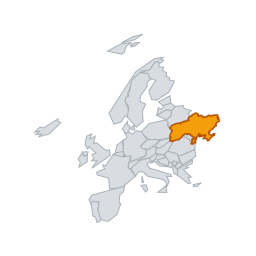 Ukraine on a map of Europe (Natural Earth projection), rotated 336°
{"feature_id": "UKR", "entity_name": "Ukraine", "entity_type": "country or territory", "adm_level": 0, "iso_a3": "UKR", "parent_name": "Europe", "parent_adm1": "", "projection": "natural_earth1", "projection_center": [31.244, 48.371], "detail": "fine", "context": "in_parent", "style": "filled", "palette": "amber", "viewbox_px": 256, "rotation_deg": 336, "n_neighbors": 37, "source": "natural_earth", "source_scale": "50m", "svg_char_len": 12629}
<svg xmlns="http://www.w3.org/2000/svg" viewBox="0 0 256 256"><g transform="rotate(336 128 128)"><path d="M140.6,49.4L155.9,48.3L166.0,51.4L160.0,52.5L154.9,57.7L152.0,57.8L140.6,49.4ZM188.2,80.7L181.7,82.4L182.8,80.0L179.6,78.7L171.7,83.7L162.8,81.3L159.1,84.6L154.2,84.0L141.2,96.9L141.0,99.4L138.3,99.4L136.2,102.6L135.9,113.3L131.9,117.8L130.3,115.6L124.2,119.8L116.7,118.8L116.7,106.7L157.7,79.9L180.8,75.4L188.7,77.8L185.4,78.6L188.2,80.7ZM179.7,48.3L169.5,50.1L156.8,47.5L169.6,46.6L179.7,48.3ZM173.2,54.6L167.8,55.8L163.7,55.1L165.4,54.3L164.1,53.4L169.0,52.8L173.2,54.6Z" fill="#d9dde1" stroke="#a8b0b8" stroke-width="1"/><path d="M103.7,146.3L119.3,154.4L112.2,163.2L115.3,175.0L97.4,180.2L86.4,176.0L89.9,166.0L81.0,158.5L81.2,155.7L90.1,155.9L89.8,151.5L92.3,153.2L103.7,146.3ZM118.7,183.2L121.1,177.6L120.1,184.0L118.7,183.2Z" fill="#d9dde1" stroke="#a8b0b8" stroke-width="1"/><path d="M131.9,117.8L137.3,109.1L136.2,102.6L138.3,99.4L141.0,99.4L150.9,85.9L161.2,82.2L168.5,86.1L169.1,92.7L164.5,93.7L162.0,98.2L152.1,104.0L149.7,108.9L153.9,113.4L148.1,118.3L144.6,127.9L136.0,130.6L131.9,117.8Z" fill="#d9dde1" stroke="#a8b0b8" stroke-width="1"/><path d="M179.8,127.6L187.5,129.9L187.1,132.6L192.8,138.1L188.7,139.1L190.1,142.8L186.5,145.7L165.8,144.7L166.0,136.0L172.0,134.6L174.9,129.7L179.8,127.6Z" fill="#d9dde1" stroke="#a8b0b8" stroke-width="1"/><path d="M166.0,136.0L166.8,140.5L165.0,141.3L167.2,148.0L163.2,154.4L143.9,149.1L138.4,139.5L138.8,136.6L149.3,132.5L166.0,136.0Z" fill="#d9dde1" stroke="#a8b0b8" stroke-width="1"/><path d="M145.7,157.9L142.4,163.4L138.1,164.4L122.8,161.8L133.3,160.4L135.7,155.0L144.4,155.3L145.7,157.9Z" fill="#d9dde1" stroke="#a8b0b8" stroke-width="1"/><path d="M161.1,156.7L162.9,158.8L157.5,164.8L149.6,167.0L143.0,162.7L145.7,157.9L161.1,156.7Z" fill="#d9dde1" stroke="#a8b0b8" stroke-width="1"/><path d="M174.6,157.5L180.8,157.9L184.8,164.4L181.3,164.3L179.4,168.0L179.1,162.9L174.6,157.5Z" fill="#d9dde1" stroke="#a8b0b8" stroke-width="1"/><path d="M179.4,168.0L183.5,168.8L180.3,174.9L163.0,174.5L155.0,165.5L164.2,158.0L174.6,157.5L179.1,162.9L179.4,168.0Z" fill="#d9dde1" stroke="#a8b0b8" stroke-width="1"/><path d="M174.9,129.7L172.0,134.6L166.0,136.0L159.4,128.1L170.3,126.9L174.9,129.7Z" fill="#d9dde1" stroke="#a8b0b8" stroke-width="1"/><path d="M177.3,122.8L179.8,127.6L174.9,129.7L170.3,126.9L159.4,128.1L163.9,121.8L166.0,124.6L171.4,121.0L177.3,122.8Z" fill="#d9dde1" stroke="#a8b0b8" stroke-width="1"/><path d="M179.4,115.6L177.3,122.8L169.0,121.7L166.4,116.6L179.4,115.6Z" fill="#d9dde1" stroke="#a8b0b8" stroke-width="1"/><path d="M138.8,136.6L140.6,146.5L132.1,149.7L135.7,155.0L133.3,160.4L116.9,159.8L119.3,154.4L115.1,153.7L113.7,150.2L114.3,143.7L117.0,142.3L118.4,136.8L121.3,137.4L123.5,135.6L123.1,132.1L127.1,132.0L129.7,135.6L134.4,133.9L138.8,136.6Z" fill="#d9dde1" stroke="#a8b0b8" stroke-width="1"/><path d="M162.2,172.9L163.0,174.5L180.3,174.9L178.5,181.5L162.7,184.1L162.2,172.9Z" fill="#d9dde1" stroke="#a8b0b8" stroke-width="1"/><path d="M172.7,207.9L167.7,209.4L163.9,208.0L164.5,206.3L172.7,207.9ZM156.7,186.1L174.1,183.3L172.4,186.2L165.0,186.7L167.2,188.9L161.6,188.4L165.8,198.6L162.9,197.6L162.8,203.5L160.7,203.5L153.8,190.9L156.7,186.1Z" fill="#d9dde1" stroke="#a8b0b8" stroke-width="1"/><path d="M156.7,186.1L153.8,190.9L151.5,188.4L153.0,178.9L156.7,186.1Z" fill="#d9dde1" stroke="#a8b0b8" stroke-width="1"/><path d="M144.0,164.1L152.4,169.0L141.1,170.6L148.9,179.7L141.6,175.7L138.6,169.6L134.8,169.4L144.0,164.1Z" fill="#d9dde1" stroke="#a8b0b8" stroke-width="1"/><path d="M123.2,160.2L125.2,164.2L115.6,166.9L112.0,165.0L114.6,160.1L123.2,160.2Z" fill="#d9dde1" stroke="#a8b0b8" stroke-width="1"/><path d="M112.9,150.4L113.8,152.7L112.3,152.5L112.9,150.4Z" fill="#d9dde1" stroke="#a8b0b8" stroke-width="1"/><path d="M114.3,147.6L112.3,152.5L103.7,146.3L111.1,145.1L114.3,147.6Z" fill="#d9dde1" stroke="#a8b0b8" stroke-width="1"/><path d="M117.7,137.6L114.3,147.6L106.2,145.6L111.1,139.0L117.7,137.6Z" fill="#d9dde1" stroke="#a8b0b8" stroke-width="1"/><path d="M63.5,182.0L66.1,180.5L71.5,184.0L67.1,190.8L67.7,196.9L64.5,201.8L61.2,201.7L62.1,196.2L60.2,194.3L63.5,182.0Z" fill="#d9dde1" stroke="#a8b0b8" stroke-width="1"/><path d="M65.9,200.8L67.1,190.8L71.5,184.0L66.1,180.5L63.5,182.0L63.1,177.6L67.9,174.7L101.1,179.7L97.8,184.6L93.7,185.4L89.6,192.1L90.6,194.3L82.6,202.5L72.0,205.3L65.9,200.8Z" fill="#d9dde1" stroke="#a8b0b8" stroke-width="1"/><path d="M79.9,136.1L77.0,142.2L67.3,143.8L70.5,139.9L69.8,136.1L76.8,131.4L76.0,135.4L79.9,136.1Z" fill="#d9dde1" stroke="#a8b0b8" stroke-width="1"/><path d="M125.6,162.6L135.7,164.1L135.8,167.6L130.8,168.4L131.3,173.4L148.3,188.0L148.0,190.1L143.6,187.7L143.9,193.7L139.4,197.6L141.0,193.5L139.0,189.2L126.4,180.2L123.9,174.1L120.0,172.3L115.3,175.0L114.3,166.1L125.6,162.6ZM129.1,198.8L138.9,196.3L137.3,202.7L129.1,198.8ZM116.6,185.7L121.6,187.4L120.8,192.6L118.0,193.7L116.6,185.7Z" fill="#d9dde1" stroke="#a8b0b8" stroke-width="1"/><path d="M127.1,132.0L123.1,132.1L122.6,126.3L130.1,121.9L128.9,125.0L130.6,126.6L127.1,132.0ZM134.6,127.8L133.3,132.7L130.5,130.6L130.3,129.1L134.6,127.8Z" fill="#d9dde1" stroke="#a8b0b8" stroke-width="1"/><path d="M79.9,136.1L76.0,135.4L76.8,131.4L81.9,133.6L79.9,136.1ZM88.6,137.9L84.6,129.0L82.7,130.8L82.1,125.4L86.8,118.7L92.4,118.6L88.6,122.6L94.7,122.1L90.2,128.3L93.1,128.6L98.7,139.6L102.1,140.4L100.6,145.8L78.6,150.1L86.4,145.3L81.3,143.2L84.6,142.0L84.3,137.5L88.6,137.9Z" fill="#d9dde1" stroke="#a8b0b8" stroke-width="1"/><path d="M67.9,91.2L66.6,93.4L68.9,95.7L53.6,101.4L43.1,99.7L46.3,98.2L41.0,96.5L46.2,94.8L40.9,94.0L47.7,91.3L51.0,93.6L67.9,91.2Z" fill="#d9dde1" stroke="#a8b0b8" stroke-width="1"/><path d="M135.7,164.1L143.0,162.7L144.0,164.1L140.0,168.1L135.1,168.0L135.7,164.1Z" fill="#d9dde1" stroke="#a8b0b8" stroke-width="1"/><path d="M182.8,80.0L181.3,84.7L185.2,86.9L182.8,89.5L185.8,93.4L184.0,96.3L186.4,98.9L185.3,101.2L189.3,103.6L188.3,105.4L179.8,111.9L165.2,114.3L161.1,111.2L162.2,102.4L172.9,95.8L168.3,91.4L168.5,86.1L161.2,82.2L171.7,83.7L179.6,78.7L182.8,80.0Z" fill="#d9dde1" stroke="#a8b0b8" stroke-width="1"/><path d="M162.6,154.2L160.4,157.1L148.2,159.3L145.5,156.5L150.7,152.6L162.6,154.2Z" fill="#d9dde1" stroke="#a8b0b8" stroke-width="1"/><path d="M140.6,146.5L147.9,149.3L151.6,152.6L137.9,156.2L132.7,152.4L132.1,149.7L140.6,146.5Z" fill="#d9dde1" stroke="#a8b0b8" stroke-width="1"/><path d="M149.3,179.0L143.1,173.6L141.9,169.0L152.2,170.4L152.2,175.4L149.3,179.0Z" fill="#d9dde1" stroke="#a8b0b8" stroke-width="1"/><path d="M161.1,180.3L162.7,184.1L155.4,185.1L156.0,181.4L161.1,180.3Z" fill="#d9dde1" stroke="#a8b0b8" stroke-width="1"/><path d="M150.8,166.4L155.0,165.5L162.4,171.5L161.6,179.8L158.6,180.6L156.4,176.6L154.6,178.4L151.5,175.6L150.8,166.4Z" fill="#d9dde1" stroke="#a8b0b8" stroke-width="1"/><path d="M154.0,179.3L151.7,182.0L148.9,179.7L151.5,175.6L154.0,179.3Z" fill="#d9dde1" stroke="#a8b0b8" stroke-width="1"/><path d="M155.5,182.1L154.0,179.3L155.8,176.8L159.3,178.9L155.5,182.1Z" fill="#d9dde1" stroke="#a8b0b8" stroke-width="1"/><path d="M200.1,167.2L200.8,168.2L201.1,168.5L201.4,168.7L201.7,168.7L202.3,168.4L202.5,168.3L203.1,168.5L203.3,168.2L203.6,168.1L203.9,168.1L204.8,168.4L204.4,169.0L204.3,169.6L203.8,169.8L203.2,169.8L202.7,169.9L202.3,169.6L202.1,169.5L201.8,169.4L201.5,169.5L201.1,170.0L200.5,170.3L200.3,170.7L199.7,170.6L199.2,170.6L198.4,171.0L197.8,171.7L197.2,172.1L196.7,172.3L196.2,172.2L195.9,172.1L195.3,171.6L195.5,171.1L195.8,170.2L195.7,170.0L195.6,169.5L195.1,169.2L194.7,169.2L193.7,168.5L193.2,168.5L192.7,168.6L192.4,168.3L193.4,167.6L194.3,167.0L194.7,166.9L195.3,166.6L195.9,166.2L195.8,165.9L195.7,165.7L195.2,165.8L194.7,165.5L194.5,165.3L193.7,165.5L193.3,165.5L192.3,165.7L191.8,165.5L190.9,165.0L190.6,164.9L190.3,164.9L190.2,164.8L190.4,164.7L190.8,164.6L190.9,164.4L190.4,164.2L190.0,164.2L189.5,163.9L190.0,163.9L190.5,164.0L191.2,164.1L191.9,164.2L192.6,163.6L191.9,163.8L191.2,163.7L190.8,163.3L190.7,163.0L190.7,162.7L190.6,162.2L190.3,161.6L190.1,161.4L190.3,161.8L190.4,162.2L190.6,162.5L190.5,163.2L190.4,163.5L190.2,163.6L189.4,163.5L189.5,163.0L189.3,163.2L189.0,163.6L188.8,163.7L188.2,163.6L187.2,163.9L187.0,164.6L186.8,165.0L186.3,165.6L185.4,166.5L184.2,167.1L183.8,167.0L183.6,167.1L183.5,167.6L183.7,167.8L183.9,168.6L183.8,168.9L183.4,168.5L182.9,168.3L182.4,168.3L181.8,168.6L181.4,168.8L181.0,168.7L181.0,168.9L181.0,169.0L180.0,168.8L179.6,168.5L179.3,168.1L179.6,168.0L180.2,167.9L180.2,167.7L180.2,167.3L180.4,167.0L180.7,166.8L180.9,166.6L180.9,166.3L181.3,166.1L181.6,165.8L181.6,165.5L181.7,165.3L181.6,164.9L181.5,164.6L181.5,164.4L182.2,164.0L182.3,164.0L182.4,164.6L182.5,164.5L182.7,164.2L182.8,164.3L183.1,164.3L183.4,164.5L183.6,164.5L183.9,164.3L184.0,164.3L184.3,164.7L185.0,164.6L185.2,164.4L184.5,163.9L184.6,163.2L184.4,162.8L183.9,162.6L183.6,162.4L183.5,162.0L183.3,161.8L183.3,161.7L183.4,161.2L182.9,160.9L182.8,160.7L182.3,160.4L182.2,160.3L182.1,160.1L182.3,159.6L182.4,159.4L182.4,159.2L182.4,158.8L182.2,158.5L182.1,158.4L181.7,158.6L181.4,158.3L181.1,157.9L180.4,157.8L180.2,158.0L180.1,157.8L180.0,157.7L179.8,157.8L179.8,157.7L179.7,157.4L179.3,157.4L179.1,157.3L179.0,157.2L178.9,157.1L178.7,157.1L178.5,156.9L178.3,156.7L178.0,156.6L177.5,156.5L177.0,156.7L176.8,156.7L176.5,156.9L175.5,156.9L175.3,156.8L174.7,157.2L174.7,157.3L173.7,157.5L173.6,157.9L173.3,158.4L171.1,158.7L170.3,159.0L170.0,159.3L169.4,159.4L168.5,158.6L168.2,158.5L167.3,158.7L166.9,158.5L165.8,158.4L165.0,158.4L164.4,158.0L164.2,158.0L163.9,158.3L163.4,158.5L163.3,158.3L163.3,158.2L163.1,157.9L162.8,157.9L162.5,157.8L162.3,157.5L162.0,157.4L161.8,157.3L161.7,157.2L161.6,156.8L161.2,156.8L161.3,156.2L161.7,155.7L162.0,155.0L162.5,154.4L162.5,154.2L163.3,154.4L163.4,154.2L163.0,153.9L163.1,153.4L162.9,152.4L163.1,152.2L164.1,151.1L164.8,150.4L166.2,149.3L167.0,149.1L167.2,148.8L167.3,148.7L167.4,148.4L167.2,148.0L167.0,147.7L167.3,147.6L167.4,147.4L167.1,147.1L166.9,146.9L166.7,146.4L166.2,145.7L166.2,145.4L166.2,145.2L166.0,144.9L166.1,144.6L166.4,144.5L166.6,144.5L166.8,144.5L167.1,144.7L167.6,144.4L168.1,144.0L168.2,143.7L168.3,143.6L169.8,143.5L170.4,143.4L171.0,143.4L172.9,143.5L174.3,143.7L174.5,143.8L175.4,144.0L176.5,144.1L176.9,144.6L177.8,144.6L178.1,144.7L178.0,145.1L178.5,144.7L179.0,144.8L179.4,144.6L179.5,144.6L180.2,144.8L180.6,144.8L180.8,144.9L180.9,145.2L181.1,145.3L181.3,145.0L181.5,144.9L181.9,144.7L182.1,144.5L182.3,144.6L182.8,145.3L182.9,145.5L183.6,145.3L184.6,145.2L185.1,145.1L185.3,145.1L185.8,145.4L185.9,145.7L186.2,145.9L186.5,145.9L186.6,145.7L186.7,145.1L186.4,144.7L186.6,144.3L186.8,143.8L187.1,143.5L187.8,143.0L188.1,142.8L188.5,142.9L188.8,142.7L189.5,142.7L190.1,142.8L190.7,143.0L191.1,142.9L191.6,142.7L191.8,142.1L192.0,142.0L193.1,142.2L193.4,142.2L194.1,141.9L194.5,141.8L195.0,141.9L195.8,141.8L196.1,141.9L196.4,142.2L196.7,142.5L197.0,143.2L197.8,144.0L197.0,144.3L197.0,144.5L197.3,144.8L197.3,145.3L197.3,145.5L197.5,145.6L197.3,145.9L197.4,146.0L198.1,146.0L198.8,146.3L199.8,146.1L200.1,146.7L200.6,146.7L200.6,146.8L200.6,147.0L200.7,147.3L200.8,147.7L201.0,147.9L201.0,148.1L200.8,148.4L200.9,148.6L201.1,149.0L201.3,149.0L201.4,149.3L201.7,149.4L202.3,149.0L203.0,149.1L203.2,149.3L203.4,149.5L203.6,149.6L203.8,149.6L204.1,149.6L204.5,149.9L204.9,149.6L205.6,149.4L206.0,149.4L206.6,149.1L206.9,149.1L207.1,149.4L207.4,149.6L207.4,149.9L207.7,150.3L208.8,151.0L209.1,150.9L209.2,150.6L209.4,150.5L210.0,150.8L210.6,150.9L211.4,151.4L211.7,151.4L212.1,151.2L212.5,151.7L213.0,151.7L214.0,152.3L214.3,152.3L214.7,152.2L214.9,152.3L214.8,152.6L214.8,152.9L215.1,153.1L215.1,153.3L215.0,153.5L214.9,153.7L214.4,154.3L213.8,154.5L214.0,154.8L214.7,155.1L214.8,155.2L214.7,155.2L214.5,155.3L214.1,155.2L213.9,155.5L213.7,156.1L214.1,156.1L214.3,156.3L214.5,156.7L214.5,156.9L214.4,157.1L214.7,157.3L214.5,157.7L214.2,158.5L214.2,158.8L213.1,159.0L211.6,158.9L211.4,159.0L211.1,159.4L210.8,159.6L210.4,159.8L210.0,159.8L209.8,160.0L209.7,160.3L209.7,160.6L209.5,160.9L209.6,161.0L209.8,161.1L209.8,161.3L209.6,161.4L209.6,161.5L209.6,161.8L208.4,161.8L207.6,161.9L207.0,162.5L206.6,162.5L206.1,162.6L205.8,162.8L205.4,163.3L205.0,163.1L204.6,163.1L204.3,163.2L203.8,163.5L203.5,163.5L203.0,163.5L202.4,163.6L201.2,164.6L200.7,165.2L200.6,165.4L200.4,165.5L200.0,165.6L200.8,164.9L200.8,164.6L200.6,164.3L200.1,165.0L199.5,165.3L199.5,165.7L199.5,166.1L199.7,166.5L200.1,167.2ZM191.3,165.4L189.9,165.2L189.5,165.0L189.4,164.8L189.3,164.6L189.7,165.0L190.9,165.2L191.3,165.4Z" fill="#f59e0b" stroke="#b45309" stroke-width="1.5"/></g></svg>